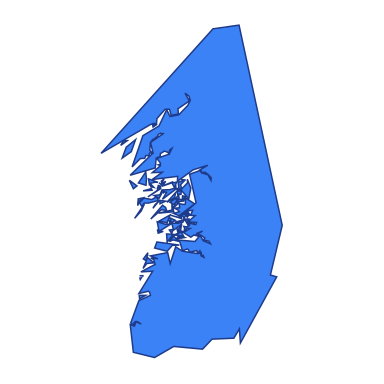 Kikori District, Gulf, Papua New Guinea, rotated 82°
{"feature_id": "67681753B67388913989028", "entity_name": "Kikori District", "entity_type": "district", "adm_level": 2, "iso_a3": "PNG", "parent_name": "Papua New Guinea", "parent_adm1": "Gulf", "projection": "robinson", "projection_center": [144.53, -7.347], "detail": "fine", "context": "isolated", "style": "filled", "palette": "blue", "viewbox_px": 384, "rotation_deg": 82, "n_neighbors": 0, "source": "geoboundaries", "source_scale": "gbopen_adm2", "svg_char_len": 6203}
<svg xmlns="http://www.w3.org/2000/svg" viewBox="0 0 384 384"><g transform="rotate(82 192 192)"><path d="M237.6,107.3L33.3,122.2L33.3,148.5L141.0,276.7L119.5,224.0L118.7,220.4L119.6,217.7L114.4,216.5L106.4,207.2L106.9,202.8L113.2,201.9L112.8,194.6L107.6,194.3L101.5,182.0L93.1,185.2L96.7,181.6L101.0,181.0L105.7,184.1L113.7,194.3L114.2,203.2L107.0,205.6L122.0,215.5L129.4,232.8L158.8,247.8L151.7,238.5L152.1,234.2L149.4,232.6L150.4,229.0L148.4,229.1L147.5,228.5L148.1,225.7L144.9,228.0L137.1,226.3L134.3,223.3L134.7,221.7L133.8,221.4L132.7,219.8L132.5,217.8L131.2,218.1L130.2,217.1L129.4,215.0L130.4,214.4L129.8,213.4L130.3,212.4L137.1,226.1L148.0,225.2L166.8,250.9L163.1,225.1L153.4,222.7L152.4,218.6L149.6,218.0L147.7,213.6L149.2,210.7L150.9,209.2L149.3,209.0L147.0,208.0L145.9,205.7L151.3,209.3L153.9,222.2L158.8,219.3L161.6,219.6L167.3,228.7L168.3,218.7L174.1,229.7L174.5,204.0L179.4,205.0L170.2,187.9L167.7,172.6L171.3,181.3L172.4,179.8L174.3,179.7L174.1,176.5L176.7,173.7L180.6,171.0L183.2,171.6L177.2,173.8L174.3,180.0L171.8,180.8L174.1,191.9L203.3,189.5L212.6,203.9L210.1,197.5L210.2,193.8L214.1,196.2L214.1,200.7L215.8,192.2L221.0,200.1L222.8,191.7L224.6,192.5L224.8,193.1L221.8,200.0L224.0,198.8L225.1,199.8L225.8,202.1L224.9,205.0L226.5,204.4L229.7,205.1L227.2,201.9L227.9,198.9L230.4,204.6L229.2,208.2L236.6,199.4L234.9,196.2L236.6,192.0L235.8,190.7L235.5,191.9L234.8,193.0L234.2,193.3L233.6,192.9L232.2,186.9L234.5,192.9L235.8,189.5L239.3,185.7L241.2,187.4L242.9,182.2L245.9,180.9L241.8,187.7L236.1,190.0L241.4,196.0L237.4,213.4L233.1,216.4L238.0,221.3L236.8,217.5L239.4,211.0L248.7,209.6L247.8,204.6L248.5,203.7L251.3,202.7L250.7,195.8L251.3,195.2L253.5,194.9L253.5,193.7L251.8,193.1L251.6,192.4L253.1,191.3L256.3,191.6L256.2,189.8L258.3,189.3L256.5,191.9L251.9,192.4L253.6,193.3L253.8,195.0L249.3,209.7L244.0,215.8L260.0,223.6L248.6,224.5L249.5,242.0L253.3,235.1L251.6,242.0L253.6,239.4L258.5,238.5L264.0,253.7L265.0,242.0L285.1,258.7L284.2,248.9L285.5,247.9L288.5,247.5L292.3,259.8L312.9,270.8L316.1,268.6L313.4,267.7L312.4,265.9L312.7,264.2L315.7,260.7L312.7,265.5L316.7,267.6L314.6,271.6L342.6,272.4L350.7,252.1L342.4,231.6L349.1,203.4L340.5,192.6L342.6,170.9L334.1,164.1L348.3,165.1L287.8,119.9L285.1,125.9L237.6,107.3ZM242.8,211.9L236.6,233.7L242.3,236.8L247.2,224.9L242.1,218.9L242.8,211.9ZM204.1,191.0L197.1,199.1L203.0,200.3L203.3,201.3L201.9,206.2L205.9,206.5L205.6,211.6L207.9,208.4L209.8,207.2L210.6,213.2L213.7,208.1L204.1,191.0ZM188.0,192.6L178.7,194.9L182.2,195.1L188.3,202.7L198.2,196.2L188.0,192.6ZM186.8,207.4L183.7,207.2L185.8,208.6L186.6,213.7L185.8,221.4L190.3,224.1L190.2,230.0L193.6,225.4L187.1,220.7L187.0,220.1L187.4,219.7L188.7,220.0L188.1,218.7L188.9,217.8L188.2,216.7L195.1,222.3L186.8,207.4ZM172.9,235.3L165.7,235.0L175.6,243.8L178.9,236.6L172.9,235.3ZM226.4,230.1L220.8,217.4L220.3,222.9L216.6,230.6L226.4,230.1ZM196.9,236.5L195.7,226.2L191.8,228.1L193.9,232.8L191.4,240.3L195.2,245.6L199.4,243.6L196.3,240.9L196.9,236.5ZM148.7,256.4L143.6,246.5L132.3,240.6L138.5,250.9L148.7,256.4ZM203.6,220.3L201.0,223.0L213.0,236.6L205.3,224.8L206.7,219.7L203.6,220.3ZM209.0,212.8L200.6,213.5L207.1,214.3L208.3,228.0L209.0,212.8ZM203.9,245.1L197.3,240.8L210.1,252.5L203.9,245.1ZM178.3,245.6L171.7,252.4L180.6,249.6L178.3,245.6ZM230.0,223.0L238.2,223.6L231.3,216.7L230.0,223.0ZM184.3,222.5L182.3,222.6L185.3,225.5L190.7,236.4L184.3,222.5ZM182.2,221.5L180.3,211.3L179.1,209.1L182.2,221.5ZM183.3,202.4L178.8,196.7L180.6,204.4L187.5,204.5L189.1,206.9L186.6,201.7L183.3,202.4ZM256.9,239.5L250.8,245.1L260.9,251.1L256.5,246.7L256.9,239.5ZM219.0,221.0L211.7,216.9L216.2,228.5L219.0,221.0ZM227.2,215.5L222.6,206.8L221.0,207.0L220.2,208.1L221.2,209.5L220.2,216.4L227.2,215.5ZM195.1,209.9L190.4,208.4L198.7,218.3L195.1,209.9ZM216.8,206.1L213.9,205.9L215.2,209.0L212.1,216.2L216.8,206.1ZM173.0,233.2L179.7,233.2L178.1,232.6L177.6,231.8L177.2,227.2L177.7,224.3L173.0,233.2ZM184.1,240.3L184.7,231.3L183.0,231.8L184.1,240.3ZM180.3,210.5L185.2,208.8L180.1,205.9L180.3,210.5ZM224.9,200.3L224.0,199.2L222.5,200.4L220.7,200.4L219.1,199.5L218.4,201.1L219.2,202.0L218.7,202.8L224.9,200.3ZM199.4,230.3L202.7,233.0L196.2,225.8L199.4,230.3ZM199.2,208.1L196.0,209.3L199.2,215.2L201.9,211.5L199.7,209.6L200.4,207.2L199.2,208.1ZM199.8,201.5L196.8,200.0L198.4,203.1L197.3,205.5L196.1,205.8L199.5,207.8L199.8,201.5ZM219.5,213.1L220.9,209.6L219.8,208.4L220.8,205.5L218.3,203.3L219.5,213.1ZM251.1,246.0L246.0,244.1L251.5,249.5L253.5,247.2L251.1,246.0ZM182.1,229.1L178.1,232.0L181.1,232.1L182.1,229.1ZM235.3,206.1L230.3,208.2L232.1,216.5L233.1,210.8L235.3,209.3L234.0,209.2L233.8,208.8L234.6,206.6L235.3,206.1ZM228.8,208.7L223.3,207.1L227.5,211.1L228.8,208.7ZM131.6,252.6L135.9,256.1L132.1,248.9L131.6,252.6ZM178.3,223.5L181.6,220.2L177.8,216.5L179.8,221.8L178.3,223.5ZM197.4,219.4L195.8,225.0L199.2,225.3L197.4,219.4ZM205.1,212.7L201.1,206.6L199.9,209.5L205.1,212.7ZM219.5,216.6L217.7,212.5L214.4,217.6L219.5,216.6ZM192.8,203.2L189.1,202.4L189.6,206.8L192.4,206.5L192.8,203.2ZM230.5,211.6L229.3,209.6L228.3,211.3L226.0,212.0L230.5,211.6ZM287.0,258.6L290.4,258.8L287.9,252.3L287.0,258.6ZM226.5,219.7L230.2,217.8L226.4,216.0L226.5,219.7ZM180.8,224.4L184.6,226.2L181.3,223.4L180.8,224.4ZM191.3,246.2L197.9,247.7L193.3,244.9L191.0,241.4L191.3,246.2ZM119.7,221.7L122.2,221.5L120.6,218.3L119.7,221.7ZM195.6,205.7L192.8,205.5L195.9,208.8L197.5,207.3L195.6,205.7ZM236.1,213.7L236.1,205.5L234.1,208.8L235.6,209.3L234.1,212.1L236.1,213.7ZM212.9,205.4L216.9,203.4L213.2,200.7L212.9,205.4ZM194.5,201.8L198.1,202.8L195.6,198.8L194.5,201.8ZM224.3,231.5L228.1,231.2L227.0,225.9L226.8,229.9L224.3,231.5ZM217.8,203.3L219.0,202.1L218.2,201.4L218.4,198.0L217.8,203.3ZM217.4,218.4L220.7,218.4L219.6,216.9L217.4,218.4ZM177.0,220.9L178.7,220.7L175.1,217.7L177.0,220.9ZM267.6,255.6L268.3,252.3L268.0,252.3L267.6,255.6ZM212.5,200.7L213.9,197.4L211.7,198.6L212.5,200.7ZM214.6,201.0L216.3,200.2L215.4,199.3L214.6,201.0ZM186.6,206.9L188.1,206.2L186.4,205.1L186.6,206.9ZM223.9,194.9L222.5,193.2L223.6,195.0L223.9,194.9ZM178.3,200.4L179.4,199.9L178.7,198.9L178.3,200.4ZM160.4,221.6L161.3,220.1L160.2,219.9L160.4,221.6ZM270.0,255.6L271.5,255.4L269.9,254.1L270.0,255.6Z" fill="#3b82f6" stroke="#1e3a8a" stroke-width="1.5"/></g></svg>